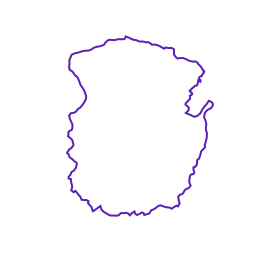 the district of Buret, Rift Valley, Kenya, rotated 201°
{"feature_id": "3690345B45419695798591", "entity_name": "Buret", "entity_type": "district", "adm_level": 2, "iso_a3": "KEN", "parent_name": "Kenya", "parent_adm1": "Rift Valley", "projection": "orthographic", "projection_center": [35.137, -0.558], "detail": "fine", "context": "isolated", "style": "outline", "palette": "violet", "viewbox_px": 256, "rotation_deg": 201, "n_neighbors": 0, "source": "geoboundaries", "source_scale": "gbopen_adm2", "svg_char_len": 5831}
<svg xmlns="http://www.w3.org/2000/svg" viewBox="0 0 256 256"><g transform="rotate(201 128 128)"><path d="M81.6,52.6L80.0,53.9L77.7,55.6L77.2,57.5L76.8,59.6L74.8,61.3L73.2,63.7L71.7,66.2L69.8,67.5L67.3,67.5L64.1,67.7L60.4,68.6L58.3,68.3L56.7,70.7L54.9,72.9L53.4,72.6L53.0,74.0L52.9,75.2L52.7,75.9L53.9,77.5L54.8,79.1L56.5,81.6L56.4,82.4L55.6,84.2L53.9,85.8L53.3,86.6L53.0,88.0L52.9,89.7L51.8,91.9L50.5,93.0L49.7,93.8L48.9,96.7L51.2,99.1L52.0,100.9L52.1,101.6L52.3,102.6L53.0,105.0L52.5,107.2L50.3,108.5L50.2,110.1L51.2,111.6L51.9,112.5L52.2,113.1L52.8,114.8L51.3,115.9L50.7,118.3L50.8,119.0L51.0,120.2L51.3,121.0L51.7,121.9L51.9,123.2L50.7,124.7L50.8,126.0L50.7,127.8L51.0,129.7L51.1,131.0L51.3,132.2L50.8,133.9L49.6,136.3L49.2,137.9L50.4,139.8L50.3,142.0L50.7,144.1L50.8,146.0L51.0,147.2L51.9,149.6L52.4,151.4L54.0,153.4L54.5,154.2L55.4,156.3L55.9,158.3L56.4,160.0L57.6,161.7L58.9,163.3L59.8,164.3L60.9,165.4L61.5,168.7L61.6,170.0L60.9,171.8L60.6,172.5L60.0,173.6L59.6,174.2L59.0,174.8L57.7,176.2L57.0,178.7L56.9,179.8L58.0,181.6L59.9,182.3L61.3,182.4L62.3,182.4L63.3,178.0L63.6,177.3L63.9,176.5L64.8,173.7L65.1,172.7L65.3,171.9L65.4,170.2L65.5,169.3L65.8,167.4L66.2,166.6L66.7,166.0L67.1,165.2L67.5,164.3L68.1,163.5L69.2,162.9L70.2,162.2L71.3,162.3L72.5,162.4L73.4,162.5L77.2,162.6L79.4,162.8L78.6,164.4L77.8,166.2L78.1,167.0L78.2,167.9L78.5,168.7L79.3,169.2L80.1,169.5L81.0,169.9L81.9,170.1L82.8,170.5L83.0,171.4L82.8,172.4L82.1,173.3L81.8,174.2L81.5,175.3L80.9,176.5L80.6,177.5L80.9,178.7L81.8,180.4L81.0,181.3L80.2,182.5L80.7,183.4L81.3,183.8L82.1,183.8L83.0,184.2L83.8,184.9L83.0,185.8L82.9,186.7L82.5,187.8L82.0,188.5L81.5,189.5L80.4,191.6L79.2,192.1L78.9,193.0L78.7,193.6L79.1,195.5L79.2,196.4L79.4,197.5L78.2,197.3L77.1,197.1L77.3,198.4L78.3,199.0L79.5,199.6L79.7,200.6L79.2,201.7L78.8,202.3L78.0,202.6L77.8,203.2L77.9,204.0L77.6,204.8L77.1,205.8L77.5,206.7L77.0,207.5L77.2,208.4L78.2,208.5L79.3,209.4L80.1,209.9L80.8,210.5L81.8,211.2L82.7,211.7L83.6,212.1L84.4,212.5L85.1,212.7L85.6,213.2L86.3,213.8L87.3,214.1L88.3,214.3L89.3,214.1L90.5,213.6L91.1,213.3L91.9,213.1L93.0,212.9L94.2,212.8L95.3,212.7L96.1,212.8L96.8,212.9L98.5,213.0L99.2,213.0L100.0,213.1L100.8,213.1L101.5,213.1L102.4,212.8L103.2,212.5L104.0,212.0L104.9,211.7L105.9,211.3L106.7,210.6L107.4,210.8L108.3,211.1L108.9,211.5L109.8,212.0L111.6,213.2L111.7,214.2L112.2,215.3L112.7,216.4L113.0,217.3L113.4,218.0L115.4,218.3L116.5,218.3L117.3,217.8L118.1,217.4L118.8,217.2L120.3,216.9L121.1,216.7L122.1,216.4L122.2,215.4L123.0,215.0L123.8,215.1L124.6,215.3L125.4,215.4L126.3,215.5L127.2,215.8L128.1,215.7L129.0,215.9L130.1,215.9L131.2,215.8L132.3,215.5L133.4,215.3L134.3,214.9L134.9,214.6L135.6,214.3L136.5,214.7L137.5,215.1L138.6,215.3L139.9,215.3L140.6,215.1L141.3,214.7L142.0,214.4L142.8,214.3L143.6,214.3L144.4,214.2L145.2,214.0L145.9,213.8L146.6,213.5L147.4,213.1L148.4,212.9L149.4,212.8L150.3,212.9L151.1,213.0L152.0,212.9L152.9,212.7L153.9,212.4L154.6,212.3L155.4,212.3L156.1,212.4L156.9,212.4L157.7,212.3L158.5,212.6L159.5,212.7L160.3,212.6L161.2,212.6L162.1,212.7L162.9,212.7L163.0,211.3L163.1,210.1L163.8,209.5L164.5,209.1L166.3,208.3L167.1,208.1L168.0,207.8L168.9,207.4L169.6,206.9L170.3,206.5L171.1,205.9L172.1,205.2L174.2,204.5L175.4,204.2L176.4,203.8L177.2,203.5L178.2,202.7L178.8,201.6L179.6,199.7L179.9,199.0L180.1,197.7L180.7,196.6L181.6,195.8L182.7,194.9L183.4,194.3L184.4,193.7L185.6,193.0L186.3,192.5L187.4,191.7L188.1,191.2L188.8,190.4L189.6,189.4L190.0,188.7L190.7,187.8L191.3,187.2L192.2,186.5L193.0,186.0L194.0,185.5L196.1,184.6L198.2,183.3L198.9,182.8L199.7,182.0L200.4,181.4L201.1,180.9L201.9,180.3L204.0,179.0L204.8,178.4L205.5,177.6L206.3,176.8L206.9,176.0L206.9,175.1L206.9,174.2L207.0,173.4L207.0,172.5L207.1,171.3L207.0,170.2L206.7,169.3L206.4,168.7L206.1,167.9L205.6,167.2L205.3,165.8L205.2,165.1L204.9,164.3L204.9,163.5L204.2,163.0L203.8,162.4L203.7,161.7L203.0,161.3L202.0,161.2L200.9,160.9L199.9,160.7L199.1,160.2L198.4,159.7L197.1,158.7L196.2,158.2L195.3,157.9L194.0,157.5L193.3,157.1L192.6,156.5L191.6,155.5L190.2,154.1L187.9,151.3L187.2,150.8L185.8,149.9L185.2,149.5L184.6,149.0L182.7,147.6L182.0,146.9L180.8,145.5L178.9,143.3L178.2,142.1L177.9,140.3L177.8,139.3L177.7,138.4L177.9,137.0L178.1,136.0L178.4,134.9L178.7,133.6L178.9,132.8L179.1,132.0L179.5,131.0L179.8,130.2L180.4,129.3L181.0,128.5L181.4,127.9L182.0,126.6L182.2,125.5L182.5,124.6L183.1,123.7L183.9,122.9L184.9,122.3L185.5,122.0L186.0,121.6L186.7,121.2L187.0,120.3L187.0,119.2L187.4,118.3L186.8,117.6L186.4,116.9L185.3,115.5L183.2,113.3L182.5,112.7L181.9,112.3L181.4,111.6L180.8,110.5L180.4,109.4L180.1,108.5L179.9,107.8L179.9,106.1L181.4,104.4L182.1,103.4L182.1,102.6L181.8,101.9L181.4,101.3L181.0,98.9L180.0,98.4L178.7,98.1L177.8,97.8L177.0,97.4L176.1,97.0L175.3,96.3L175.0,95.7L173.9,94.3L173.1,93.1L172.9,92.4L172.9,91.7L173.2,90.8L173.3,90.1L173.6,89.2L174.1,88.5L174.5,87.9L175.1,87.1L175.4,86.3L175.5,85.4L175.6,84.5L175.9,83.8L176.0,83.0L175.5,82.6L174.5,82.4L173.7,81.8L173.0,80.8L172.1,79.9L171.4,79.6L170.5,79.3L169.6,79.2L168.7,78.8L167.6,78.5L166.8,78.0L165.9,77.7L165.0,77.6L164.0,77.4L163.5,77.0L163.0,76.3L162.7,75.3L162.7,74.3L162.4,72.3L162.6,71.3L163.0,69.7L163.4,68.7L164.3,67.5L164.8,66.8L165.1,66.0L164.9,65.0L164.9,64.0L165.2,63.1L165.6,62.1L165.9,61.2L165.3,59.5L163.0,59.8L162.3,58.1L160.9,56.1L159.7,54.2L159.1,53.4L158.7,51.3L158.7,49.5L155.8,48.6L154.5,50.5L152.5,49.3L150.3,47.9L148.1,46.9L145.5,44.4L142.9,45.1L141.2,45.8L138.6,45.5L138.3,43.4L136.4,42.4L133.7,41.1L132.6,39.6L130.8,37.7L129.1,40.2L127.5,42.8L125.8,45.3L123.6,42.3L120.4,41.0L117.5,40.5L115.3,40.1L112.8,40.1L111.8,40.4L109.7,41.3L108.4,41.6L107.4,41.9L105.3,43.4L105.0,44.2L104.2,46.0L101.5,46.9L99.2,48.3L96.8,48.2L95.0,47.1L93.8,50.1L92.1,52.4L90.8,50.7L88.4,50.0L86.3,52.0L84.7,54.1L83.0,54.2L81.6,52.6Z" fill="none" stroke="#5b21b6" stroke-width="2"/></g></svg>